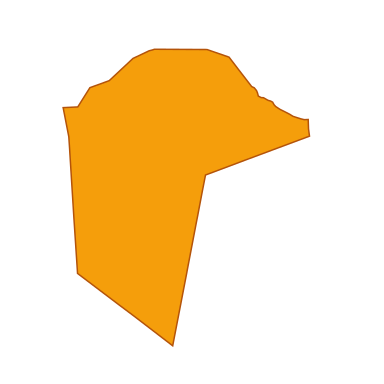 Pajeú do Piauí, Piauí, Brazil (orthographic projection), rotated 169°
{"feature_id": "56859067B79713407266693", "entity_name": "Pajeú do Piauí", "entity_type": "district", "adm_level": 2, "iso_a3": "BRA", "parent_name": "Brazil", "parent_adm1": "Piauí", "projection": "orthographic", "projection_center": [-42.901, -7.864], "detail": "fine", "context": "isolated", "style": "filled", "palette": "amber", "viewbox_px": 384, "rotation_deg": 169, "n_neighbors": 0, "source": "geoboundaries", "source_scale": "gbopen_adm2", "svg_char_len": 742}
<svg xmlns="http://www.w3.org/2000/svg" viewBox="0 0 384 384"><g transform="rotate(169 192 192)"><path d="M302.4,299.4L302.4,269.7L303.9,257.8L304.2,255.6L312.6,191.3L319.2,139.3L319.9,133.9L285.6,95.6L272.3,80.9L240.3,44.7L212.7,113.3L211.5,116.4L193.4,161.6L191.2,167.0L181.7,190.8L175.5,206.1L134.0,213.1L66.0,224.4L65.6,231.6L64.1,241.0L68.0,241.6L71.5,243.2L78.4,247.0L81.3,249.7L86.4,253.7L89.8,256.3L93.5,259.9L94.8,262.0L95.7,264.8L97.5,266.3L99.9,267.5L103.8,270.9L106.1,271.5L108.6,273.5L108.8,276.7L109.3,279.2L111.0,282.4L113.3,284.1L123.1,303.6L129.9,317.3L150.1,329.0L201.7,339.3L203.7,339.0L207.2,338.8L224.4,334.4L252.0,317.1L272.3,313.9L287.9,297.3L302.4,299.4Z" fill="#f59e0b" stroke="#b45309" stroke-width="1.5"/></g></svg>